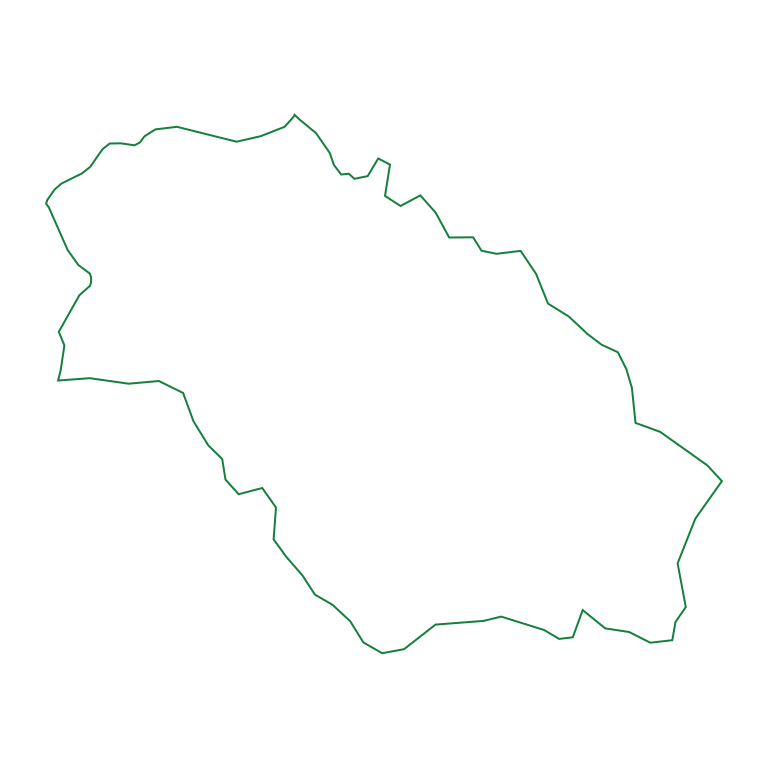 SVG path tracing the border of Pernik
{"feature_id": "BGR-2245", "entity_name": "Pernik", "entity_type": "Province", "adm_level": 1, "iso_a3": "BGR", "parent_name": "Bulgaria", "parent_adm1": "", "projection": "natural_earth1", "projection_center": [22.785, 42.63], "detail": "fine", "context": "isolated", "style": "outline", "palette": "green", "viewbox_px": 768, "rotation_deg": 0, "n_neighbors": 0, "source": "natural_earth", "source_scale": "10m", "svg_char_len": 1318}
<svg xmlns="http://www.w3.org/2000/svg" viewBox="0 0 768 768"><path d="M236.5,141.7L260.6,136.2L284.6,126.8L294.0,116.3L294.6,114.8L298.8,118.9L316.1,133.2L329.7,152.9L334.0,165.1L341.2,174.5L348.8,173.7L354.4,178.8L367.7,176.1L378.2,158.5L390.0,164.6L385.0,195.9L400.5,206.0L420.3,195.4L435.6,212.6L449.2,237.5L473.1,237.3L481.5,250.7L496.5,253.8L520.6,250.9L536.1,273.9L548.0,303.6L568.9,316.6L587.6,334.1L601.4,344.6L617.9,352.3L626.3,369.0L631.9,387.9L635.5,422.9L660.2,431.9L707.2,465.3L721.9,481.1L695.3,518.7L677.6,563.4L685.8,607.1L675.5,621.9L672.3,640.2L650.3,642.7L629.1,632.0L605.3,628.4L582.7,610.1L572.8,637.3L559.1,638.9L544.1,630.0L501.2,616.6L483.5,620.9L435.5,624.6L404.0,649.2L382.2,653.2L363.4,642.5L350.2,621.2L332.6,604.9L314.9,594.6L302.5,575.5L286.2,556.7L273.6,539.4L276.0,507.5L262.2,488.0L238.6,494.2L225.5,479.6L222.2,459.0L208.3,445.4L193.5,421.3L183.1,393.0L158.9,381.0L128.7,383.7L89.9,378.2L58.1,380.5L60.7,370.1L64.4,345.5L58.8,331.8L79.4,295.2L90.0,285.8L90.9,282.8L91.2,279.7L90.9,276.7L90.0,273.7L78.3,265.0L67.6,249.9L48.9,207.5L46.1,203.7L47.3,200.0L49.7,196.5L54.8,189.3L61.7,183.4L81.8,173.5L90.2,166.9L102.5,149.2L109.7,143.5L120.5,143.3L134.6,145.3L140.1,142.3L140.3,141.9L144.5,136.3L155.3,129.4L176.9,126.8L236.5,141.7Z" fill="none" stroke="#15803d" stroke-width="2"/></svg>